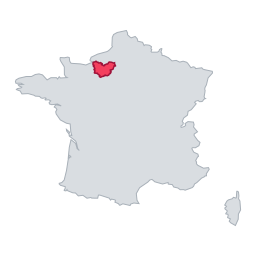 location of Eure within France
{"feature_id": "FRA-5290", "entity_name": "Eure", "entity_type": "Metropolitan department", "adm_level": 1, "iso_a3": "FRA", "parent_name": "France", "parent_adm1": "", "projection": "equal_earth", "projection_center": [0.916, 49.079], "detail": "fine", "context": "in_parent", "style": "filled", "palette": "rose", "viewbox_px": 256, "rotation_deg": 0, "n_neighbors": 0, "source": "natural_earth", "source_scale": "10m", "svg_char_len": 5466}
<svg xmlns="http://www.w3.org/2000/svg" viewBox="0 0 256 256"><path d="M205.5,98.5L203.7,99.4L202.6,101.2L201.4,101.6L199.3,101.6L198.2,100.5L195.6,101.2L194.6,102.4L196.2,103.8L191.3,109.7L188.1,111.3L187.5,115.1L183.7,118.0L182.4,121.1L182.3,121.7L183.3,122.7L182.9,124.7L181.0,126.0L181.0,127.2L181.6,127.4L184.6,126.4L185.7,125.2L185.0,123.6L188.0,121.6L193.4,122.1L194.1,124.7L193.5,127.0L197.5,131.8L194.2,134.0L194.1,135.5L197.7,140.4L200.0,142.4L198.9,145.7L195.3,147.8L192.9,147.6L191.9,148.2L192.1,149.2L193.8,152.2L197.9,154.1L198.5,156.3L197.5,157.1L195.7,160.5L196.6,162.2L196.3,163.0L196.7,164.1L197.8,165.3L203.5,168.2L208.5,167.6L209.2,169.3L206.3,173.8L206.5,175.8L205.0,175.9L204.7,176.6L201.6,178.1L196.8,182.6L194.5,184.0L193.6,186.3L192.2,187.6L185.1,190.2L183.7,189.6L180.2,189.7L177.9,188.0L173.7,187.0L172.3,184.6L168.3,184.1L168.1,182.5L162.6,184.0L154.8,181.8L152.0,179.4L149.8,180.0L147.8,182.1L139.6,187.7L136.3,193.5L137.0,200.2L139.0,203.6L133.9,203.0L130.8,204.0L130.1,205.5L122.8,203.8L120.1,205.2L119.4,205.1L118.5,203.7L114.9,202.1L115.5,200.9L115.0,199.9L111.6,199.1L110.5,200.1L109.2,198.1L99.9,195.1L98.4,195.1L97.7,198.2L91.7,198.1L90.9,197.5L87.0,198.2L82.9,195.3L78.3,195.9L75.5,193.0L72.8,192.8L69.0,191.3L67.2,190.5L67.0,189.6L65.9,190.9L64.4,190.6L64.1,190.2L65.1,188.6L65.3,186.7L60.5,185.3L59.2,184.0L59.2,183.3L61.8,182.6L64.2,180.0L66.5,170.6L68.2,159.5L69.4,157.5L70.9,156.9L69.7,155.4L68.3,157.4L69.3,147.3L71.0,139.7L75.0,142.8L75.9,144.2L77.1,148.6L79.3,150.5L77.8,148.7L76.4,142.7L75.6,141.0L69.3,136.1L69.1,134.9L71.8,135.5L70.8,131.8L70.2,124.0L66.4,123.2L60.3,119.9L56.2,114.0L55.7,111.8L56.9,109.5L55.9,108.0L54.2,107.0L55.6,105.0L56.8,104.8L61.2,105.9L57.6,104.0L51.8,104.7L49.5,104.0L49.1,102.6L50.7,100.9L48.8,99.8L45.4,100.0L45.0,99.6L46.1,98.3L45.2,97.8L42.5,98.3L41.0,97.9L39.5,96.4L35.2,96.1L34.2,95.3L28.2,93.6L21.9,93.9L20.2,91.0L16.4,89.6L17.2,88.7L21.0,87.9L21.8,87.1L19.0,85.9L18.1,84.7L23.2,84.4L21.0,83.2L16.0,83.3L15.4,81.6L16.1,79.8L19.0,78.2L26.3,76.5L31.5,76.5L35.3,74.5L39.0,73.9L42.5,74.9L47.1,79.9L50.9,77.7L56.5,77.7L57.6,79.0L59.2,76.7L60.4,78.0L67.2,77.6L65.7,76.7L64.4,74.6L64.3,66.9L60.8,61.3L60.0,59.3L60.3,57.5L64.3,57.8L67.7,57.1L69.3,57.6L69.7,61.2L71.1,63.3L80.4,63.9L85.9,65.0L90.4,63.0L94.7,62.1L95.0,61.6L92.6,61.8L90.3,60.9L90.0,60.0L91.2,57.2L97.7,54.1L107.3,51.5L109.7,49.7L112.5,46.6L111.9,45.8L112.3,37.3L113.6,34.5L117.2,32.5L126.4,30.5L127.6,33.2L127.5,34.7L130.0,37.1L131.2,37.8L135.2,36.5L137.2,38.7L137.8,41.2L142.6,42.3L144.1,45.6L145.0,44.8L148.0,45.0L149.5,45.3L151.5,46.7L150.9,48.7L151.8,49.6L151.0,51.4L151.6,52.2L157.2,52.2L158.8,51.4L159.5,49.6L161.2,48.5L161.9,48.8L160.9,52.2L161.7,53.1L162.1,55.5L164.2,55.7L168.4,57.7L172.0,60.9L176.2,60.4L179.7,62.1L183.1,61.2L186.5,62.2L187.6,63.1L190.9,67.7L193.2,66.8L194.9,67.3L195.5,68.6L201.8,67.8L202.9,69.1L204.3,69.6L212.3,71.3L212.5,73.0L208.1,77.9L206.4,84.9L205.1,87.3L204.7,89.1L205.1,90.4L204.9,92.3L204.1,96.8L204.7,98.2L205.5,98.5ZM238.9,195.8L238.6,198.8L239.9,201.0L240.6,209.9L238.4,214.1L238.2,219.3L235.4,225.5L230.7,222.8L229.2,221.2L230.4,218.9L227.6,217.6L228.2,215.3L227.8,214.2L225.9,214.0L225.8,213.4L227.1,211.7L227.1,210.6L225.2,209.2L224.8,208.0L226.5,206.6L225.6,205.4L224.7,205.1L226.9,201.1L228.4,199.9L232.1,198.8L233.5,197.3L235.9,198.1L236.3,197.7L236.8,191.3L237.7,191.3L238.5,192.1L238.9,195.8ZM69.6,132.2L69.0,134.0L66.6,130.9L66.4,129.3L69.6,132.2Z" fill="#d9dde1" stroke="#a8b0b8" stroke-width="1"/><path d="M92.8,62.4L94.6,62.0L95.3,61.7L95.6,61.5L95.9,61.2L96.0,61.2L96.3,61.4L96.6,61.6L97.1,62.2L97.4,62.3L97.7,62.3L98.0,62.2L98.5,62.9L99.1,63.0L100.6,62.6L100.8,62.7L101.5,63.3L102.1,63.6L102.3,63.8L102.3,64.2L101.4,64.1L101.6,64.7L102.1,64.9L102.6,65.1L103.1,65.4L103.3,65.6L103.6,65.8L103.9,65.8L104.2,65.7L104.1,65.4L104.3,65.1L104.5,64.9L105.5,64.7L105.9,64.3L106.2,64.1L106.5,64.0L107.6,64.0L107.8,63.9L108.5,62.7L108.9,62.2L109.5,62.0L111.7,62.3L113.8,63.1L114.5,62.8L114.5,63.4L115.0,64.8L115.4,65.6L115.5,65.9L115.4,66.0L115.2,66.0L115.0,65.9L114.9,65.7L114.7,65.6L114.4,65.6L114.1,65.9L114.1,66.1L114.2,66.3L113.7,67.1L113.0,69.2L112.4,69.5L110.5,69.9L110.3,70.0L110.5,70.4L110.5,70.5L110.5,70.9L110.4,71.0L110.5,71.2L110.8,71.2L110.9,71.3L111.0,71.3L111.0,71.5L111.1,72.0L110.5,72.3L110.4,72.4L110.4,72.6L110.5,73.0L110.5,73.3L110.3,73.5L110.2,73.6L109.8,73.7L109.6,73.8L109.2,74.1L109.1,74.3L109.0,74.5L108.9,74.7L108.8,74.9L108.7,75.1L108.1,75.3L107.5,75.7L107.4,75.7L107.2,75.6L106.9,75.5L106.4,75.6L106.2,75.6L105.9,75.5L105.5,75.2L105.3,75.1L105.2,75.1L105.2,75.5L104.9,75.7L104.6,75.7L104.4,75.7L104.2,75.7L104.0,75.8L103.9,76.0L103.7,76.3L103.4,76.3L103.2,76.3L101.6,76.7L101.4,76.8L100.8,77.3L100.4,77.2L100.2,77.2L99.8,76.8L99.7,76.7L99.4,76.5L99.4,76.4L99.5,76.3L99.7,76.2L99.8,76.0L99.8,75.9L99.9,75.7L99.7,75.3L99.6,75.2L99.3,75.0L98.8,74.9L98.6,74.8L98.4,74.6L97.7,73.8L97.6,73.7L97.5,73.4L97.3,73.2L97.1,73.2L96.8,73.3L96.7,73.4L95.4,73.1L95.0,73.1L94.9,73.1L94.7,73.1L94.5,72.9L94.4,72.8L94.4,72.6L94.6,71.9L94.8,71.7L94.8,71.2L94.9,70.9L94.9,70.7L94.7,70.3L94.3,70.0L94.2,69.9L94.0,69.7L94.1,69.4L94.5,69.4L94.7,69.2L94.6,68.9L94.5,68.7L94.7,68.4L94.8,68.3L94.7,68.1L94.5,67.8L94.4,67.5L94.2,67.0L94.0,66.8L93.8,66.6L93.7,66.6L93.5,66.3L93.4,66.2L93.5,66.0L93.5,65.9L93.9,65.8L94.0,65.7L93.9,65.3L93.4,65.3L93.3,65.2L93.2,65.1L93.0,64.7L93.0,64.2L93.0,63.7L93.0,63.2L92.9,62.4L92.8,62.4Z" fill="#f43f5e" stroke="#9f1239" stroke-width="1.5"/></svg>